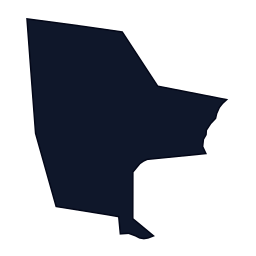 São Gonçalo do Piauí, Piauí, Brazil (orthographic projection), rotated 269°
{"feature_id": "56859067B82195186929840", "entity_name": "São Gonçalo do Piauí", "entity_type": "district", "adm_level": 2, "iso_a3": "BRA", "parent_name": "Brazil", "parent_adm1": "Piauí", "projection": "orthographic", "projection_center": [-42.679, -6.018], "detail": "fine", "context": "isolated", "style": "filled", "palette": "ink", "viewbox_px": 256, "rotation_deg": 269, "n_neighbors": 0, "source": "geoboundaries", "source_scale": "gbopen_adm2", "svg_char_len": 555}
<svg xmlns="http://www.w3.org/2000/svg" viewBox="0 0 256 256"><g transform="rotate(269 128 128)"><path d="M90.8,44.3L50.8,54.8L41.7,105.9L39.5,117.2L22.3,118.5L22.7,126.8L20.1,133.6L17.9,137.7L17.1,141.9L17.7,146.1L19.7,151.6L37.2,131.2L83.9,132.1L92.2,139.2L94.6,142.8L96.3,146.6L101.1,205.4L108.1,202.3L115.4,203.2L119.9,205.9L124.5,206.3L131.0,210.7L136.1,215.7L141.0,216.9L147.0,219.7L150.9,222.9L154.6,227.1L169.3,158.4L224.1,123.9L230.2,86.2L238.9,28.9L160.5,33.4L124.3,35.5L90.8,44.3Z" fill="#0f172a" stroke="#020617" stroke-width="1.5"/></g></svg>